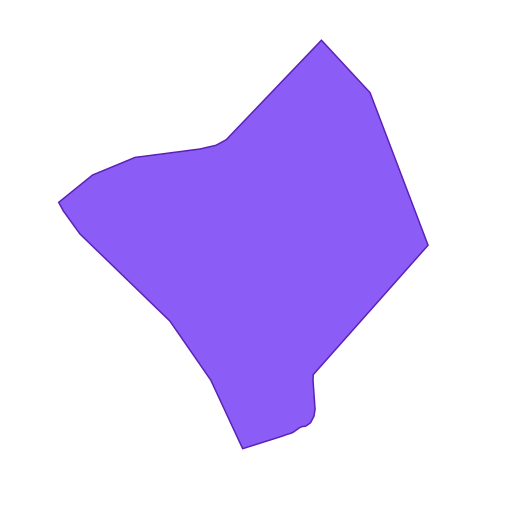 outline of Saint Paul, rotated 339°
{"feature_id": "DMA-1440", "entity_name": "Saint Paul", "entity_type": "Parish", "adm_level": 1, "iso_a3": "DMA", "parent_name": "Dominica", "parent_adm1": "", "projection": "mercator", "projection_center": [-61.378, 15.359], "detail": "fine", "context": "isolated", "style": "filled", "palette": "violet", "viewbox_px": 512, "rotation_deg": 339, "n_neighbors": 0, "source": "natural_earth", "source_scale": "10m", "svg_char_len": 551}
<svg xmlns="http://www.w3.org/2000/svg" viewBox="0 0 512 512"><g transform="rotate(339 256 256)"><path d="M174.5,431.1L169.3,355.7L152.3,285.9L99.5,172.3L92.3,144.9L91.0,135.2L132.5,121.8L178.4,120.6L242.0,136.0L258.2,138.3L269.8,136.8L394.4,78.0L421.0,144.4L420.5,307.6L266.9,387.3L265.7,390.1L265.1,391.5L264.5,393.1L256.2,420.3L252.7,426.3L247.2,431.2L244.3,432.0L241.7,432.6L240.2,432.4L238.6,431.9L236.9,431.8L235.0,431.9L227.9,433.8L225.7,434.0L219.0,433.6L217.9,433.7L174.5,431.1Z" fill="#8b5cf6" stroke="#5b21b6" stroke-width="1.5"/></g></svg>